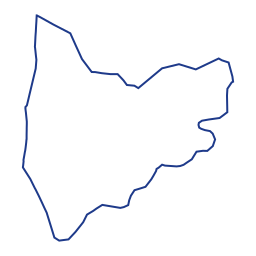 outline of Ghubaish, North Kordufan, Sudan
{"feature_id": "16777658B17931705563902", "entity_name": "Ghubaish", "entity_type": "district", "adm_level": 2, "iso_a3": "SDN", "parent_name": "Sudan", "parent_adm1": "North Kordufan", "projection": "orthographic", "projection_center": [27.423, 12.292], "detail": "fine", "context": "isolated", "style": "outline", "palette": "blue", "viewbox_px": 256, "rotation_deg": 0, "n_neighbors": 0, "source": "geoboundaries", "source_scale": "gbopen_adm2", "svg_char_len": 1725}
<svg xmlns="http://www.w3.org/2000/svg" viewBox="0 0 256 256"><path d="M233.1,81.7L232.4,76.5L228.6,62.5L221.9,60.3L218.7,58.5L195.8,69.4L179.0,64.2L162.1,68.3L138.3,88.1L134.4,85.7L126.9,85.0L123.5,80.4L117.6,74.1L110.2,74.1L101.9,73.2L95.3,72.1L91.7,72.0L82.0,59.1L76.0,46.0L70.3,33.3L53.5,24.6L39.5,16.8L37.7,15.9L37.3,15.7L36.9,15.4L36.7,15.4L36.4,21.2L36.4,21.4L36.1,25.9L36.1,26.0L35.8,31.8L35.6,34.4L35.4,37.5L35.4,37.9L35.0,45.7L34.9,46.6L35.1,48.0L35.5,51.7L36.0,56.5L36.4,59.8L35.7,68.6L29.4,94.9L28.6,98.3L27.7,102.1L26.9,105.4L25.4,107.1L25.5,108.2L25.4,108.4L25.7,111.1L25.9,112.5L26.8,121.5L26.8,123.9L26.7,128.2L26.7,129.5L26.6,134.7L26.6,139.2L26.5,139.3L26.2,142.7L25.6,147.7L25.2,150.6L25.1,151.0L25.0,151.5L24.9,151.9L24.2,156.0L23.6,159.3L23.5,159.8L23.5,160.2L23.5,160.5L23.6,161.2L23.1,166.0L23.0,166.3L22.9,167.4L25.9,172.1L28.9,176.8L30.3,179.0L34.6,187.7L35.0,188.5L35.4,189.1L38.9,196.1L42.1,202.9L42.2,203.1L42.6,204.0L44.4,207.9L46.5,212.3L46.8,213.0L47.1,214.1L48.2,217.6L48.6,218.9L51.3,227.6L54.4,237.6L54.6,237.7L59.2,240.6L68.5,239.4L75.5,231.9L83.2,222.2L87.0,214.6L93.2,210.9L96.4,208.6L102.3,204.9L120.3,207.9L123.8,207.1L128.2,205.1L129.2,200.3L130.9,195.7L134.5,190.2L139.5,188.7L145.5,186.8L151.3,179.3L153.4,175.8L155.8,171.5L156.1,170.9L156.4,169.6L156.6,168.9L158.6,167.7L162.1,164.7L165.0,165.6L169.4,165.9L173.6,166.2L176.6,166.4L180.2,166.0L183.6,164.8L186.8,162.6L191.8,159.3L196.5,151.7L202.9,150.8L207.3,150.9L212.8,146.1L215.1,139.4L212.7,133.6L210.0,131.1L204.9,130.1L201.2,128.8L199.2,127.6L198.5,124.9L198.9,122.8L202.0,120.7L208.8,119.5L219.6,118.0L227.3,112.2L227.2,105.8L227.0,95.4L227.4,88.8L231.7,82.4L233.1,81.7Z" fill="none" stroke="#1e3a8a" stroke-width="2"/></svg>